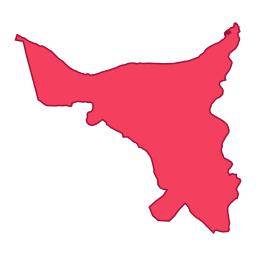 the district of Yousef El sadeq, Al Fayyum, Egypt
{"feature_id": "37247803B96193438521946", "entity_name": "Yousef El sadeq", "entity_type": "district", "adm_level": 2, "iso_a3": "EGY", "parent_name": "Egypt", "parent_adm1": "Al Fayyum", "projection": "orthographic", "projection_center": [30.573, 29.353], "detail": "fine", "context": "isolated", "style": "filled", "palette": "rose", "viewbox_px": 256, "rotation_deg": 0, "n_neighbors": 0, "source": "geoboundaries", "source_scale": "gbopen_adm2", "svg_char_len": 5708}
<svg xmlns="http://www.w3.org/2000/svg" viewBox="0 0 256 256"><path d="M239.0,37.3L238.4,36.5L238.0,35.6L237.9,34.1L238.1,33.2L238.1,32.7L239.1,32.1L239.8,31.5L239.3,29.7L238.7,29.4L238.9,27.1L238.4,27.1L237.6,25.4L237.3,24.4L235.8,24.0L236.1,23.3L235.2,23.1L234.2,23.7L233.8,27.2L232.7,27.2L231.6,27.8L230.8,27.8L230.1,28.6L228.9,29.6L227.4,30.3L226.5,30.8L225.8,31.6L226.5,31.4L227.1,30.9L229.2,30.8L230.4,31.7L230.6,32.6L230.2,32.9L229.4,32.7L228.9,32.9L228.2,34.3L227.9,34.0L228.7,32.7L228.3,32.1L227.5,32.3L226.4,34.2L225.6,33.9L225.9,32.1L225.1,32.2L224.7,33.0L224.7,34.8L225.3,34.9L225.3,36.3L225.7,37.0L223.5,39.4L221.7,40.3L218.9,42.7L216.6,43.4L213.8,44.7L209.7,46.8L207.5,48.2L205.1,50.5L203.8,52.8L200.6,54.9L198.5,57.2L194.3,58.8L190.1,60.4L188.6,60.9L188.0,61.0L186.8,61.2L186.1,61.2L185.2,61.5L184.3,61.5L183.4,61.8L182.3,62.1L181.3,62.1L180.7,62.4L179.7,62.4L178.4,62.7L177.4,62.7L176.8,63.0L175.4,63.2L174.5,63.3L174.0,63.5L172.4,63.6L170.1,63.6L166.7,63.8L165.3,63.8L163.2,63.9L162.4,63.7L160.5,63.8L159.1,63.6L157.7,63.6L156.6,63.7L155.4,63.5L154.7,63.5L153.8,63.5L152.6,63.3L151.3,63.4L150.1,63.2L142.5,63.5L141.4,63.3L140.5,63.1L139.5,63.1L138.6,63.4L137.9,63.6L136.6,63.7L135.9,63.7L135.2,63.3L134.2,63.1L133.3,63.1L131.0,63.2L129.7,63.2L129.0,63.5L128.3,63.5L127.4,63.8L126.5,64.3L125.6,64.5L124.9,64.8L124.4,64.8L123.7,65.1L122.8,65.1L121.7,65.4L121.0,65.6L120.1,65.9L119.4,66.1L118.1,66.9L116.7,67.4L116.0,67.9L115.1,68.1L114.0,68.4L113.1,68.9L111.9,69.1L111.5,69.4L110.4,69.7L109.5,70.2L108.8,70.2L108.3,70.4L107.4,70.7L105.8,71.0L104.4,71.5L103.5,71.7L103.1,71.8L102.4,72.0L101.3,72.3L100.1,72.8L99.2,73.3L96.5,74.1L96.0,74.3L95.4,74.3L94.7,74.6L93.1,74.9L92.4,74.9L91.7,75.1L89.9,75.2L89.4,74.5L88.4,74.1L87.1,73.9L86.6,74.2L85.6,74.4L85.0,74.5L84.6,74.5L84.1,74.3L83.4,73.8L82.5,73.6L82.0,73.7L81.5,73.4L80.8,73.2L79.0,72.4L78.0,72.2L77.1,71.5L76.2,71.1L73.8,70.3L73.1,69.8L72.2,69.4L71.0,68.5L70.1,68.1L69.1,67.2L67.7,66.1L66.3,64.8L64.8,63.5L64.1,62.6L63.2,61.7L62.5,61.3L61.5,60.6L60.6,60.0L59.1,58.9L57.7,57.8L57.0,56.9L55.3,55.3L54.9,54.9L54.1,54.0L53.0,53.1L52.5,52.4L51.3,51.3L50.6,50.9L49.9,50.7L48.5,49.6L47.8,49.2L47.3,48.9L46.6,48.5L45.4,47.6L44.7,47.2L43.5,46.6L42.6,46.1L42.1,45.9L41.4,46.2L40.3,46.2L38.2,45.1L37.2,44.5L37.0,44.3L36.5,44.0L35.0,43.7L28.6,41.1L24.2,38.0L22.5,37.7L17.2,34.7L15.4,39.9L23.3,41.4L26.6,55.7L32.3,77.0L38.3,99.8L40.5,101.1L42.8,103.0L45.7,105.0L46.4,105.4L48.4,105.6L52.8,105.7L54.2,105.8L56.5,105.8L58.3,105.5L60.4,105.6L63.4,105.7L63.8,105.5L66.8,105.4L68.7,106.0L71.0,106.4L71.2,106.2L71.7,105.7L71.9,104.3L72.0,103.1L72.9,102.9L74.3,102.4L77.3,101.4L80.3,101.7L81.6,101.9L82.3,101.9L84.2,102.0L85.5,101.5L85.8,101.7L87.9,102.4L90.9,102.3L92.5,103.1L92.8,104.0L93.0,105.2L93.1,105.6L92.9,108.6L92.5,109.8L92.3,110.2L91.0,111.7L89.8,111.9L88.2,112.4L87.8,113.1L87.2,114.5L87.2,115.0L87.5,117.1L86.9,118.7L86.4,119.6L86.8,122.1L87.5,123.0L88.9,124.4L90.1,124.8L92.2,125.4L95.6,124.3L98.5,122.6L102.5,119.5L106.3,122.4L106.6,124.4L108.3,125.3L110.9,127.5L111.3,127.9L112.5,128.3L116.7,130.7L118.1,131.3L120.5,132.4L122.1,133.3L122.9,134.9L122.9,136.5L123.6,137.1L125.7,137.0L126.8,136.8L127.8,137.0L129.4,138.3L131.0,139.4L133.0,141.4L136.5,143.1L137.2,143.8L138.7,146.7L138.9,147.1L142.0,147.9L143.1,149.1L144.5,149.5L145.7,150.3L147.2,151.9L148.1,153.2L150.3,156.4L151.0,157.5L152.4,162.3L154.0,169.3L153.9,171.9L154.4,173.2L155.1,174.8L156.6,177.5L157.8,180.0L158.0,184.6L160.0,187.5L161.6,188.6L164.2,189.4L167.2,189.7L163.1,195.8L156.0,201.0L149.3,207.0L152.7,215.6L158.2,220.4L169.0,221.1L174.4,216.0L178.3,210.5L185.1,203.3L185.6,203.8L186.6,204.9L188.5,207.1L189.7,210.0L190.0,211.2L191.9,213.4L194.1,215.6L196.0,217.2L197.6,218.3L198.8,218.9L200.5,220.2L203.1,222.2L203.8,223.1L204.3,223.3L205.4,224.6L211.2,230.4L213.5,232.9L214.0,232.1L214.2,231.4L215.3,230.3L216.2,230.2L218.3,230.6L219.7,231.2L221.8,231.6L223.6,231.8L225.0,231.7L226.6,231.5L228.0,231.4L228.4,230.9L228.9,230.5L229.1,229.8L229.0,228.4L228.8,227.7L228.7,226.3L229.1,225.2L229.3,224.5L229.5,223.3L229.5,222.4L229.0,220.4L228.6,217.4L228.3,215.8L227.8,212.8L227.6,208.0L228.0,206.9L228.4,205.9L230.6,203.1L233.3,200.7L235.1,198.8L236.0,198.5L237.1,198.5L237.7,196.4L238.3,193.9L237.1,190.9L236.8,190.3L236.3,189.6L237.2,187.0L238.7,184.9L240.6,181.4L240.3,179.6L239.4,178.9L238.2,178.5L237.1,177.9L236.3,176.5L236.3,175.1L236.4,174.4L234.6,174.5L233.0,173.9L232.1,173.7L231.4,173.9L229.6,175.1L229.6,174.4L228.9,173.8L227.9,172.4L228.1,171.5L228.7,169.4L230.3,167.8L231.6,166.1L232.0,165.0L232.5,164.4L231.4,162.2L228.6,160.3L227.2,159.6L224.9,158.5L224.2,158.1L223.4,156.8L223.2,155.9L222.6,154.5L221.6,152.2L221.3,149.3L221.7,148.1L222.3,145.3L222.0,144.4L222.0,143.5L225.7,136.7L226.8,135.3L228.7,132.5L228.9,132.0L228.9,130.4L228.1,127.2L227.3,125.4L226.8,124.3L225.6,123.2L222.8,120.8L218.3,118.2L216.5,117.1L214.1,115.8L211.8,114.3L210.5,113.1L210.0,111.6L209.8,110.7L209.7,109.5L210.4,107.4L210.8,106.7L211.0,106.1L211.4,104.4L211.8,103.5L212.7,102.8L213.4,102.0L213.8,101.6L214.2,100.9L214.9,100.2L215.7,99.1L217.4,98.2L218.0,98.0L218.3,97.7L220.5,96.5L221.0,95.8L221.8,95.1L222.5,94.4L222.7,93.7L222.9,92.3L223.1,91.4L222.8,89.8L221.8,88.2L219.4,84.9L219.4,83.7L219.6,82.6L219.8,82.3L220.4,81.8L220.9,81.4L222.0,80.9L224.8,80.3L225.7,79.8L225.2,79.1L225.1,77.3L225.3,76.2L225.9,74.8L226.2,74.5L226.4,73.8L228.1,71.9L228.6,71.2L230.3,68.2L230.7,66.8L231.7,64.0L231.9,62.8L231.9,62.2L231.6,61.5L231.2,61.0L230.5,60.1L229.7,59.0L228.8,57.9L228.3,56.5L228.5,55.8L229.3,54.0L229.7,53.3L231.4,51.8L232.0,51.2L233.1,50.4L235.5,48.5L237.9,44.5L238.1,43.1L238.5,42.0L239.4,40.1L239.5,38.7L239.0,37.3Z" fill="#f43f5e" stroke="#9f1239" stroke-width="1.5"/></svg>